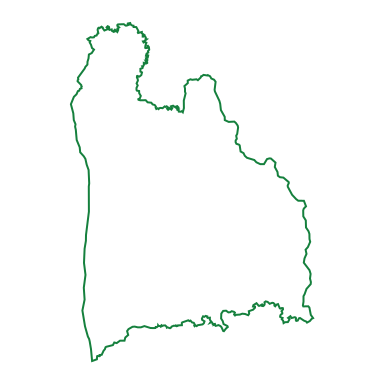 Pa Daet, Chiang Rai, Thailand
{"feature_id": "78962969B68909645293993", "entity_name": "Pa Daet", "entity_type": "district", "adm_level": 2, "iso_a3": "THA", "parent_name": "Thailand", "parent_adm1": "Chiang Rai", "projection": "orthographic", "projection_center": [99.975, 19.516], "detail": "fine", "context": "isolated", "style": "outline", "palette": "green", "viewbox_px": 384, "rotation_deg": 0, "n_neighbors": 0, "source": "geoboundaries", "source_scale": "gbopen_adm2", "svg_char_len": 5872}
<svg xmlns="http://www.w3.org/2000/svg" viewBox="0 0 384 384"><path d="M303.9,200.8L298.2,200.7L296.1,199.1L292.1,194.8L287.8,186.8L287.7,185.4L288.8,183.1L288.7,182.1L283.4,177.6L279.9,177.2L277.9,175.7L277.5,172.0L274.8,167.0L275.5,162.6L270.9,158.5L269.4,158.4L267.0,159.1L264.0,164.1L260.2,164.1L256.4,162.3L254.3,160.0L247.0,157.8L244.8,155.8L243.5,153.1L240.6,151.5L239.7,145.4L238.9,144.6L236.4,143.8L235.6,142.1L235.7,140.4L236.8,138.8L236.2,135.8L237.2,133.9L238.1,127.5L237.7,125.6L235.9,123.0L234.3,121.6L228.7,121.9L224.8,120.1L224.7,116.8L220.9,110.1L220.2,103.8L219.4,100.9L214.9,91.4L214.6,89.8L215.6,81.8L214.1,79.7L211.3,78.5L210.1,76.3L207.8,75.1L207.4,75.5L203.5,74.9L202.0,76.1L201.2,76.2L200.7,77.5L197.9,80.2L196.5,79.3L192.2,79.8L190.4,79.3L187.7,80.6L187.8,83.1L184.4,86.1L185.0,88.5L185.0,91.7L185.6,93.4L183.8,100.6L183.9,108.1L182.8,112.3L181.7,111.2L180.7,111.7L178.8,111.6L178.7,110.6L177.5,109.9L178.7,109.0L177.7,108.3L178.4,107.4L177.2,106.1L175.9,106.6L177.0,107.7L176.6,108.2L173.1,105.7L171.0,106.3L171.5,107.8L172.3,108.1L171.4,109.6L169.3,108.0L168.8,109.3L168.1,109.8L167.1,108.7L167.9,108.0L167.9,107.4L166.7,106.3L165.7,106.9L164.7,106.4L162.6,108.2L160.6,107.9L159.3,108.2L158.6,109.1L157.6,108.3L156.3,109.0L155.6,107.6L155.9,106.6L154.7,105.0L152.6,104.4L151.3,102.7L147.6,102.3L145.7,100.2L140.3,100.3L138.5,99.8L138.3,99.2L139.8,98.4L140.8,95.9L139.2,93.2L139.1,91.0L137.0,90.7L136.5,89.9L136.5,87.9L137.7,85.4L136.6,83.4L137.9,80.6L137.7,79.0L136.9,77.5L137.0,76.1L137.7,75.9L138.7,76.7L139.4,76.6L141.3,75.1L142.0,72.4L140.4,71.6L140.4,68.8L142.5,68.1L142.7,67.3L142.2,66.3L143.2,66.2L143.8,65.1L143.8,63.1L144.8,63.7L145.3,62.5L146.5,63.4L147.2,63.0L147.2,62.4L145.6,60.5L147.3,60.4L147.4,59.9L146.0,58.8L145.9,58.2L147.7,57.7L148.2,55.4L147.7,55.2L146.3,56.2L145.9,55.9L146.6,53.6L148.3,52.5L147.9,51.2L149.2,49.7L148.9,47.1L147.9,45.8L147.5,46.0L147.8,47.8L145.8,48.1L145.2,47.8L145.4,45.7L146.4,42.7L144.9,42.0L143.6,42.5L143.0,41.4L144.2,41.2L146.8,39.2L145.6,38.9L145.8,37.5L144.9,36.1L144.2,35.8L143.5,36.6L142.7,36.6L142.7,35.3L144.3,35.5L144.5,35.1L141.8,33.2L141.8,32.0L138.1,33.0L137.8,32.4L138.4,31.0L136.3,27.1L133.6,27.0L133.5,25.7L132.4,25.6L130.8,24.6L130.2,23.0L127.8,23.5L127.7,24.1L128.8,24.8L126.7,25.6L125.6,25.6L123.8,24.2L118.0,24.4L117.4,24.9L117.3,25.8L119.1,27.4L118.2,27.9L118.2,28.9L117.4,28.8L117.4,29.8L116.5,30.3L117.9,30.7L117.3,32.0L114.9,29.7L113.9,30.7L114.7,31.5L113.7,31.9L111.9,30.8L111.7,29.4L109.4,29.9L108.8,29.1L109.2,28.0L108.9,26.8L107.7,26.2L106.6,27.3L107.8,28.5L107.6,29.2L104.4,30.5L102.5,27.9L102.7,27.5L101.5,26.7L99.5,28.2L98.9,27.7L98.0,28.3L97.6,29.9L98.3,33.0L97.8,33.1L97.8,33.8L97.1,34.3L96.6,35.5L94.8,35.9L93.9,37.3L92.0,37.5L90.6,37.1L87.4,39.0L88.6,40.4L90.3,41.0L89.7,42.5L91.0,44.7L92.0,48.0L94.0,49.6L91.7,53.1L88.9,54.5L88.5,58.5L87.5,61.7L87.4,64.6L85.3,67.0L84.7,68.5L78.0,77.7L78.3,79.5L77.7,80.2L77.6,81.3L81.2,85.0L81.3,86.1L81.7,86.4L81.3,87.4L81.5,88.3L79.9,88.9L79.2,90.7L77.9,91.1L76.5,94.3L73.9,96.8L70.9,104.2L73.3,113.3L73.8,120.1L75.5,124.2L75.1,126.7L75.8,129.7L76.7,140.0L79.7,147.3L80.2,152.3L83.8,156.3L85.4,158.9L86.7,164.7L88.6,170.0L89.2,183.5L88.8,186.4L88.9,211.7L86.0,235.0L85.9,240.8L84.6,248.7L84.0,262.9L85.5,274.9L83.8,287.7L84.6,299.6L82.4,310.5L85.0,326.3L87.9,336.6L89.1,338.9L89.7,341.4L91.0,349.2L92.1,361.0L96.9,359.3L97.1,356.2L97.4,356.0L99.6,356.2L99.9,355.9L99.7,355.0L101.7,354.8L103.6,350.7L104.9,349.2L105.5,347.3L106.2,346.8L112.9,345.1L114.3,342.5L116.7,343.1L120.0,340.7L124.5,340.7L125.3,337.5L128.2,335.0L127.1,331.1L128.5,329.1L132.5,326.8L134.7,326.6L137.7,327.3L141.0,327.3L144.4,326.1L150.5,328.0L153.9,328.1L155.4,328.0L155.7,327.0L156.9,327.1L158.0,326.2L158.1,325.3L158.6,326.0L160.8,326.1L161.5,325.2L161.9,325.5L161.6,326.3L163.4,325.5L165.2,325.4L166.5,326.6L166.8,327.6L167.3,327.3L170.0,328.2L171.0,327.6L171.6,326.6L173.8,325.7L175.4,325.9L175.9,325.4L176.7,326.2L177.7,325.9L177.9,325.4L181.9,325.2L181.8,323.0L182.2,322.4L188.3,320.3L189.4,321.1L190.5,320.6L192.0,322.4L193.8,322.8L194.7,324.4L194.2,325.5L194.6,326.2L195.6,325.4L196.7,326.1L197.8,325.2L202.6,324.4L203.9,323.2L204.5,321.3L202.1,319.8L201.9,318.6L203.1,316.3L204.4,316.8L205.7,315.9L207.3,316.4L207.2,317.4L207.6,317.9L209.9,317.7L209.8,319.6L211.1,321.4L210.2,322.7L211.3,322.2L212.2,322.5L212.7,324.2L214.3,324.0L214.0,324.8L215.0,324.4L215.2,325.5L215.7,325.9L218.5,325.1L220.5,326.1L221.5,327.2L223.2,331.0L223.9,331.2L226.1,328.4L227.8,327.0L227.4,326.0L223.6,324.1L222.7,321.0L221.1,318.5L221.3,313.6L223.2,310.9L226.1,310.7L228.4,312.4L230.2,312.2L231.7,311.2L233.9,311.8L234.9,312.6L234.1,314.5L235.0,315.5L236.1,314.8L239.8,314.6L242.3,313.7L245.1,314.0L248.2,315.2L249.2,313.7L248.8,311.2L253.1,309.7L255.0,307.7L255.0,306.7L253.0,306.5L253.4,305.1L256.5,303.2L258.7,305.8L259.7,305.8L262.1,304.4L262.6,304.9L262.3,306.0L263.1,306.1L264.2,305.3L264.7,304.0L264.5,302.3L265.7,301.4L267.6,301.9L269.7,303.8L272.2,302.8L273.4,303.0L274.5,304.0L274.4,305.6L275.2,306.3L276.6,304.6L278.0,304.1L279.8,308.3L280.4,308.6L282.0,308.0L282.9,308.2L283.0,309.4L281.5,311.2L282.2,312.3L282.3,313.6L280.7,314.7L280.1,316.2L280.3,317.1L282.6,318.0L281.8,319.3L283.1,320.6L283.6,323.1L285.0,322.2L287.9,322.1L289.6,319.1L288.1,317.9L290.4,316.2L291.6,318.0L294.8,317.2L295.6,317.5L296.0,318.2L295.8,320.0L296.3,320.9L297.7,320.6L299.0,318.3L300.0,318.0L303.9,320.6L306.3,321.6L307.0,322.6L309.9,321.0L311.7,318.8L313.1,318.1L310.8,314.9L309.4,307.6L308.3,306.3L303.3,306.4L302.9,305.5L303.5,301.7L303.5,296.2L304.6,294.2L306.5,288.9L310.7,284.1L310.9,282.0L310.0,278.6L310.6,273.9L309.5,270.2L303.8,262.7L304.5,258.4L306.5,253.9L305.6,249.7L307.9,247.1L310.2,241.8L309.5,239.1L309.4,233.9L308.5,231.2L306.0,227.5L305.8,220.4L303.3,216.4L303.2,210.4L303.8,208.6L306.0,206.3L303.9,200.8Z" fill="none" stroke="#15803d" stroke-width="2"/></svg>